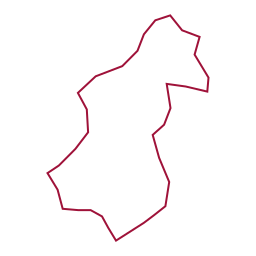 Kato Koutrafas, Nicosia, Cyprus
{"feature_id": "46923920B53882202230946", "entity_name": "Kato Koutrafas", "entity_type": "district", "adm_level": 2, "iso_a3": "CYP", "parent_name": "Cyprus", "parent_adm1": "Nicosia", "projection": "orthographic", "projection_center": [32.996, 35.097], "detail": "fine", "context": "isolated", "style": "outline", "palette": "rose", "viewbox_px": 256, "rotation_deg": 0, "n_neighbors": 0, "source": "geoboundaries", "source_scale": "gbopen_adm2", "svg_char_len": 521}
<svg xmlns="http://www.w3.org/2000/svg" viewBox="0 0 256 256"><path d="M170.2,15.4L155.3,20.3L143.9,34.3L137.5,50.8L122.3,66.1L95.7,76.3L77.9,92.9L86.8,109.4L88.1,132.3L75.4,148.9L58.9,165.5L47.5,173.1L57.6,189.7L62.7,208.8L77.9,210.1L90.6,210.1L102.0,216.4L108.3,227.9L116.0,240.6L143.9,222.8L154.0,215.2L165.4,206.2L169.2,182.0L159.1,157.8L152.7,134.9L164.1,124.7L170.5,108.1L166.7,83.9L185.7,86.5L207.3,91.6L208.5,77.6L194.6,54.6L199.6,36.9L182.1,30.3L170.2,15.4Z" fill="none" stroke="#9f1239" stroke-width="2"/></svg>